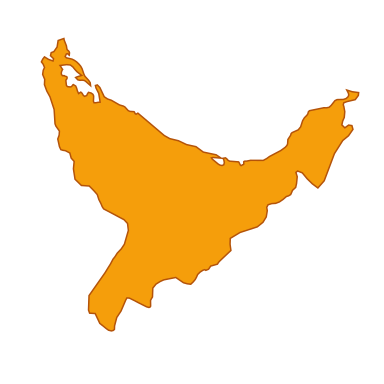 the border of Bay of Plenty, rotated 4°
{"feature_id": "NZL-3399", "entity_name": "Bay of Plenty", "entity_type": "Regional Council", "adm_level": 1, "iso_a3": "NZL", "parent_name": "New Zealand", "parent_adm1": "", "projection": "albers", "projection_center": [176.715, -38.184], "detail": "fine", "context": "isolated", "style": "filled", "palette": "amber", "viewbox_px": 384, "rotation_deg": 4, "n_neighbors": 0, "source": "natural_earth", "source_scale": "10m", "svg_char_len": 3751}
<svg xmlns="http://www.w3.org/2000/svg" viewBox="0 0 384 384"><g transform="rotate(4 192 192)"><path d="M53.5,47.8L53.9,49.4L56.5,54.9L57.1,57.5L57.5,58.7L59.5,60.3L60.1,61.7L60.0,64.1L59.3,63.7L58.3,62.7L57.1,63.0L56.0,65.7L57.3,66.9L63.0,67.8L65.4,68.8L67.9,70.3L70.3,72.3L72.2,74.3L73.7,76.6L75.9,81.9L77.1,84.0L81.1,87.8L82.8,90.0L83.4,93.0L78.3,89.1L76.7,88.2L74.5,88.1L72.4,88.4L70.3,88.1L67.9,85.9L69.4,85.1L73.8,83.4L68.8,80.0L66.5,77.8L64.5,75.6L61.8,73.8L58.1,73.7L51.5,75.0L52.4,76.1L53.7,78.0L54.4,78.7L53.9,79.7L53.5,81.0L53.3,82.3L53.5,83.6L54.5,84.9L55.3,85.1L56.0,84.8L56.4,84.8L57.2,85.3L58.7,85.6L59.2,85.9L59.5,86.9L59.2,88.0L58.6,88.9L58.4,89.6L59.1,93.5L59.3,94.4L60.0,95.2L60.7,95.6L63.2,95.7L64.3,95.3L65.1,94.4L65.6,93.5L66.1,93.1L68.6,94.4L69.7,96.5L70.6,99.1L72.0,101.7L74.1,100.1L75.5,101.2L76.7,103.0L78.2,104.1L80.2,103.1L80.9,101.3L81.8,99.8L84.5,100.3L86.4,101.5L87.2,103.1L87.3,105.2L87.3,108.2L88.0,109.8L89.8,109.7L92.0,109.1L94.1,108.8L92.1,100.2L89.0,95.0L88.2,92.5L90.1,91.8L92.8,94.2L97.8,103.1L101.3,105.1L105.1,106.1L113.6,110.2L117.6,111.1L119.2,111.9L122.6,115.2L124.4,115.9L128.6,115.9L129.2,116.6L129.8,117.8L130.8,118.3L132.5,117.1L160.4,137.6L166.1,140.3L174.9,141.8L183.3,145.1L192.8,146.5L200.5,151.4L213.5,153.2L218.7,156.2L210.5,156.1L209.0,156.6L209.8,157.7L216.2,162.3L218.0,163.2L220.1,163.5L221.8,162.6L222.2,160.5L221.6,158.0L220.6,156.2L223.0,155.6L224.3,156.4L225.5,157.7L227.3,158.6L236.4,158.7L236.7,159.0L238.3,161.7L239.1,162.3L239.7,162.0L240.3,161.4L241.2,161.1L241.7,160.6L241.6,159.3L241.6,158.0L242.6,157.5L244.2,157.4L248.3,156.3L260.9,155.5L264.2,153.4L266.8,151.2L277.6,144.5L281.9,140.9L283.4,139.0L284.0,137.4L284.0,132.9L286.4,128.6L286.8,126.8L287.7,125.8L293.6,122.6L295.8,119.5L297.4,113.1L299.0,110.0L301.2,107.5L302.1,106.0L302.5,103.9L303.5,102.7L317.5,98.8L320.4,98.6L322.9,97.9L324.8,95.9L328.2,90.9L330.3,89.7L336.6,89.1L339.2,88.0L341.1,86.0L341.6,84.3L341.0,82.3L339.3,79.5L344.9,80.8L351.3,81.2L351.2,84.1L348.4,88.5L340.3,91.0L337.2,92.4L336.8,94.5L337.5,96.1L338.8,101.2L338.7,107.0L337.4,110.6L336.8,114.6L340.0,117.3L343.6,114.3L346.9,114.6L348.2,118.3L344.2,125.0L338.8,130.1L331.4,143.8L323.1,171.6L317.3,179.2L311.4,175.4L305.9,170.7L300.7,165.2L295.9,163.7L294.3,165.2L295.9,169.4L295.7,176.2L295.1,180.2L292.1,183.4L291.4,185.6L290.6,187.7L288.6,189.1L286.5,189.9L283.3,193.1L279.9,195.8L276.2,197.5L272.4,198.0L268.8,199.4L267.6,202.1L268.4,205.4L267.8,211.7L264.9,217.3L259.6,222.2L242.8,229.0L233.4,235.6L233.6,241.4L234.9,247.6L224.7,258.7L223.4,260.3L222.4,262.2L215.8,264.6L213.9,267.9L211.2,269.2L210.2,268.6L208.5,269.2L205.7,271.3L203.4,273.9L202.4,276.7L201.3,279.1L199.5,281.6L197.2,284.1L193.6,283.9L189.8,283.1L181.8,278.4L170.0,281.6L166.5,283.5L162.5,286.4L159.6,290.6L159.9,299.5L159.0,301.2L158.2,303.0L158.7,308.8L158.1,309.8L157.1,310.2L154.7,309.7L147.0,306.5L141.3,304.0L136.9,302.2L134.5,302.2L133.5,304.2L132.6,306.8L129.5,315.7L125.7,322.4L124.1,330.9L124.2,334.5L123.1,335.6L121.3,336.2L118.4,335.7L116.1,334.3L109.2,329.5L103.9,320.0L98.3,320.0L97.0,317.0L96.5,302.5L110.9,278.6L113.6,273.4L115.6,269.7L117.9,264.5L119.7,261.9L121.7,258.2L125.4,253.7L128.2,248.8L131.2,234.8L129.9,227.9L126.2,224.4L105.0,215.0L103.4,212.8L102.0,210.0L99.6,206.0L97.7,201.2L94.5,198.0L92.4,196.1L89.1,193.2L81.2,193.2L74.4,187.4L72.1,177.2L72.3,169.7L69.1,166.6L67.4,161.6L62.8,159.6L60.4,159.4L58.2,158.9L56.6,156.0L54.4,148.5L55.5,144.5L55.5,140.5L51.6,135.7L50.6,133.5L48.7,119.3L43.7,107.0L40.1,101.4L37.3,95.2L37.2,89.9L34.8,85.1L35.1,81.0L36.2,78.1L34.6,74.9L32.7,72.7L33.8,69.9L35.4,67.5L39.6,69.7L44.2,71.0L44.6,68.7L41.3,65.9L41.8,62.8L44.4,61.6L47.3,56.8L47.9,50.2L53.5,47.8Z" fill="#f59e0b" stroke="#b45309" stroke-width="1.5"/></g></svg>